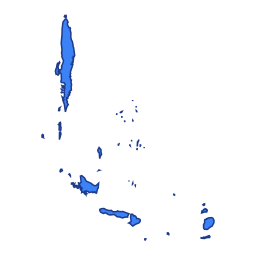 outline of Kepulauan Selayar, Sulawesi Selatan, Indonesia
{"feature_id": "22746128B1615833901652", "entity_name": "Kepulauan Selayar", "entity_type": "district", "adm_level": 2, "iso_a3": "IDN", "parent_name": "Indonesia", "parent_adm1": "Sulawesi Selatan", "projection": "natural_earth1", "projection_center": [120.768, -6.627], "detail": "fine", "context": "isolated", "style": "filled", "palette": "blue", "viewbox_px": 256, "rotation_deg": 0, "n_neighbors": 0, "source": "geoboundaries", "source_scale": "gbopen_adm2", "svg_char_len": 5721}
<svg xmlns="http://www.w3.org/2000/svg" viewBox="0 0 256 256"><path d="M61.2,73.7L61.4,79.7L60.9,81.1L61.2,82.4L64.2,82.9L65.2,84.5L65.0,85.5L64.1,86.6L64.8,87.8L64.1,91.8L64.5,95.3L64.1,97.0L63.3,98.0L62.2,97.0L62.9,99.3L63.9,99.5L63.7,100.2L62.9,99.7L62.9,100.4L64.3,104.1L65.4,111.9L66.5,107.9L67.5,105.5L68.3,104.8L67.0,102.2L67.4,101.4L66.4,99.7L66.8,99.0L66.7,98.3L67.1,98.7L67.9,98.3L67.8,97.0L68.7,95.8L68.4,94.9L69.5,94.9L69.7,93.4L69.1,92.9L70.2,92.5L69.6,91.3L71.4,90.1L71.1,86.4L71.5,85.6L71.5,84.1L71.0,82.2L71.4,80.0L70.5,79.7L70.6,78.4L69.8,76.8L70.5,76.6L70.1,76.2L70.5,75.9L70.1,74.9L70.7,73.5L70.3,72.3L72.5,65.7L72.5,64.9L71.5,64.3L72.8,64.1L72.0,62.4L72.4,62.0L73.0,62.3L73.2,61.6L73.0,60.0L73.4,59.9L73.5,58.9L72.9,58.1L73.4,58.1L73.3,56.6L74.0,56.9L74.7,55.5L73.6,47.5L72.9,46.1L73.1,45.1L72.3,41.5L71.4,39.8L70.8,37.3L70.9,32.7L70.1,29.8L70.5,28.7L69.9,27.5L68.9,27.7L67.5,24.8L67.4,23.1L68.1,22.2L66.5,19.0L65.2,19.2L63.0,22.0L62.1,29.0L62.0,34.6L61.2,43.2L62.0,49.9L61.5,53.3L62.1,54.7L61.8,56.1L62.1,57.5L63.5,60.5L63.2,62.3L61.5,66.4L61.8,66.7L61.5,69.1L59.6,69.9L59.8,70.9L59.2,71.4L59.8,71.4L59.4,72.2L61.2,73.7ZM81.7,175.6L80.4,176.1L81.2,182.3L80.4,182.6L79.7,184.0L79.1,183.9L79.3,184.7L78.7,185.0L80.3,185.9L80.4,188.1L81.2,187.3L82.1,188.2L81.9,188.9L81.1,189.0L81.3,189.9L80.8,190.0L81.9,191.4L81.7,192.5L82.6,192.0L84.1,192.8L84.6,193.9L85.3,193.8L85.9,194.7L85.9,194.2L87.0,193.7L85.7,192.0L84.1,191.9L85.0,191.0L87.2,191.2L88.6,191.8L89.0,192.6L92.3,191.9L92.9,192.7L94.1,191.9L94.3,192.2L94.5,192.0L95.4,192.1L95.6,192.2L95.1,192.3L95.4,192.8L96.1,192.3L96.5,192.8L97.6,188.8L98.2,188.0L98.6,183.2L96.2,185.5L94.9,185.7L93.6,185.3L90.9,183.2L86.2,181.1L84.6,178.0L81.7,175.6ZM102.4,208.5L100.0,209.2L99.6,210.1L100.7,212.2L103.4,213.5L105.6,212.8L108.1,214.4L110.1,215.0L114.2,214.5L117.2,216.8L119.3,216.9L122.4,217.9L125.8,217.0L127.6,217.1L127.7,216.1L129.0,213.8L122.5,211.4L121.3,211.7L118.0,211.3L117.7,210.9L116.6,211.6L113.1,211.8L111.2,210.3L110.2,210.6L108.2,210.3L106.0,209.7L104.4,208.6L102.4,208.5ZM211.6,217.6L208.0,218.0L207.5,218.7L206.6,218.7L206.3,219.4L205.1,219.4L204.7,220.0L204.5,223.3L203.6,224.3L203.5,227.0L203.7,228.3L204.6,229.3L207.5,229.4L209.9,227.3L212.1,226.1L213.9,222.8L214.0,220.3L212.8,218.1L211.6,217.6ZM132.6,214.3L130.9,214.3L130.6,217.6L131.1,220.2L131.0,221.7L128.7,223.0L129.8,223.4L132.8,226.1L135.5,224.3L139.1,222.8L140.3,221.1L140.1,219.5L138.1,218.5L136.7,218.6L135.8,216.4L134.5,215.6L133.6,216.0L132.6,214.3ZM59.5,62.0L58.7,63.3L57.8,63.1L57.2,64.1L56.4,68.3L55.8,69.2L55.4,71.4L56.1,74.3L57.1,74.2L57.9,75.1L58.5,74.8L59.2,73.5L58.3,71.6L58.6,70.5L58.0,66.4L58.6,65.1L58.3,64.2L59.2,63.8L59.8,62.6L59.5,62.0ZM99.1,147.5L97.8,150.1L98.1,151.8L99.2,152.8L99.7,158.6L100.3,156.5L101.6,154.2L101.1,152.5L100.9,149.5L99.1,147.5ZM205.3,208.8L205.4,209.4L204.8,209.1L204.3,209.5L203.7,209.4L202.7,211.0L201.9,211.0L201.6,213.0L204.6,212.0L206.7,212.0L207.3,210.2L206.3,209.1L205.3,208.8ZM60.2,122.3L59.3,123.0L59.0,124.4L58.5,124.6L59.3,125.5L59.1,129.9L60.7,130.4L61.1,127.7L60.6,126.3L60.6,122.9L60.2,122.3ZM209.2,235.6L204.8,237.3L203.8,237.1L202.3,237.9L201.2,237.7L201.2,238.2L204.5,238.5L206.5,237.7L209.6,237.5L209.9,236.5L209.2,235.6ZM73.9,184.9L73.2,185.8L74.2,187.4L75.6,186.7L77.1,187.2L77.1,187.9L77.7,188.3L78.5,188.2L79.5,187.0L79.4,185.9L77.0,186.1L76.3,185.4L74.3,185.5L73.9,184.9ZM60.5,131.7L59.5,132.2L59.4,139.6L60.9,134.2L60.8,132.7L60.2,132.1L60.5,131.7ZM61.8,169.2L60.6,169.4L60.0,171.1L60.4,171.9L62.4,170.7L61.8,169.2ZM42.5,134.5L42.0,135.1L42.0,137.1L43.3,137.6L43.0,137.1L43.4,136.6L43.3,135.0L42.5,134.5ZM66.1,15.4L64.9,15.4L64.3,16.7L65.6,17.5L66.3,17.1L66.1,15.4ZM168.1,232.8L167.4,232.9L167.3,234.0L168.7,234.7L168.9,233.8L168.1,232.8ZM60.0,107.6L59.0,108.2L58.6,110.6L59.3,110.7L59.8,110.0L59.6,108.3L60.0,107.6ZM73.1,182.8L71.5,183.1L71.5,184.1L72.9,184.2L73.1,182.8ZM63.1,86.1L61.9,85.6L62.4,86.9L62.9,87.2L63.7,86.8L63.4,85.9L63.1,86.1ZM204.6,203.9L203.9,203.9L202.9,204.8L203.8,205.4L204.5,205.0L204.6,203.9ZM145.8,238.8L144.1,239.0L145.6,239.3L144.7,240.6L145.8,239.2L145.8,238.8ZM122.2,111.3L121.7,111.4L119.8,112.7L121.5,112.4L122.2,111.3ZM69.6,173.9L68.9,174.3L70.4,176.1L70.4,175.6L69.6,173.9ZM139.0,139.6L137.5,142.3L137.4,143.1L137.5,143.3L139.0,139.6ZM63.1,90.1L61.7,89.7L62.3,90.5L63.1,90.1ZM174.5,195.1L174.5,194.5L173.9,194.2L173.7,194.8L174.5,195.1ZM73.9,184.2L73.7,183.7L73.7,184.8L74.3,184.7L74.6,183.7L73.9,184.2ZM118.9,144.0L118.3,144.3L118.4,145.7L118.9,144.0ZM61.9,91.9L61.7,92.6L61.3,92.6L61.4,92.8L62.5,92.5L61.9,91.9ZM63.3,87.7L62.4,87.6L62.1,87.9L63.3,88.1L63.3,87.7ZM137.2,146.5L137.6,143.7L137.4,143.4L137.2,146.5ZM122.0,117.7L122.0,116.2L121.7,116.9L122.0,117.7ZM140.8,145.0L140.8,144.6L140.7,145.0L140.3,144.9L140.2,146.1L140.3,145.7L140.1,146.3L140.1,146.7L140.8,145.0ZM137.2,149.1L137.2,148.0L136.8,150.1L137.2,149.1ZM98.5,170.5L99.5,170.2L98.9,170.0L98.5,170.5ZM132.5,184.1L132.9,183.6L132.8,183.0L132.5,183.8L132.5,184.1ZM135.3,185.6L135.4,184.8L135.4,184.3L135.1,185.2L135.3,185.6ZM78.4,183.8L78.7,183.0L78.5,182.9L78.4,183.8ZM124.7,122.1L124.8,121.6L124.7,120.4L124.6,121.1L124.7,122.1ZM130.1,145.6L129.8,144.4L129.7,145.2L130.1,145.6ZM132.8,121.5L133.0,120.8L132.8,120.4L132.7,120.9L132.8,121.5ZM136.8,111.6L136.8,111.2L136.4,110.8L136.5,111.5L136.8,111.6ZM116.5,115.0L116.9,113.8L117.0,113.2L116.5,115.0ZM132.5,100.9L132.7,100.6L132.6,100.1L132.5,100.9ZM128.9,181.4L129.0,181.1L129.0,180.6L128.9,181.0L128.9,181.4ZM131.6,140.6L130.9,140.5L131.6,140.7L131.6,140.6ZM136.5,107.5L136.1,106.6L135.8,106.2L136.5,107.5ZM133.2,215.0L132.6,214.0L133.2,215.0ZM144.2,148.0L144.3,147.3L144.3,147.2L144.1,147.7L144.2,148.0Z" fill="#3b82f6" stroke="#1e3a8a" stroke-width="1.5"/></svg>